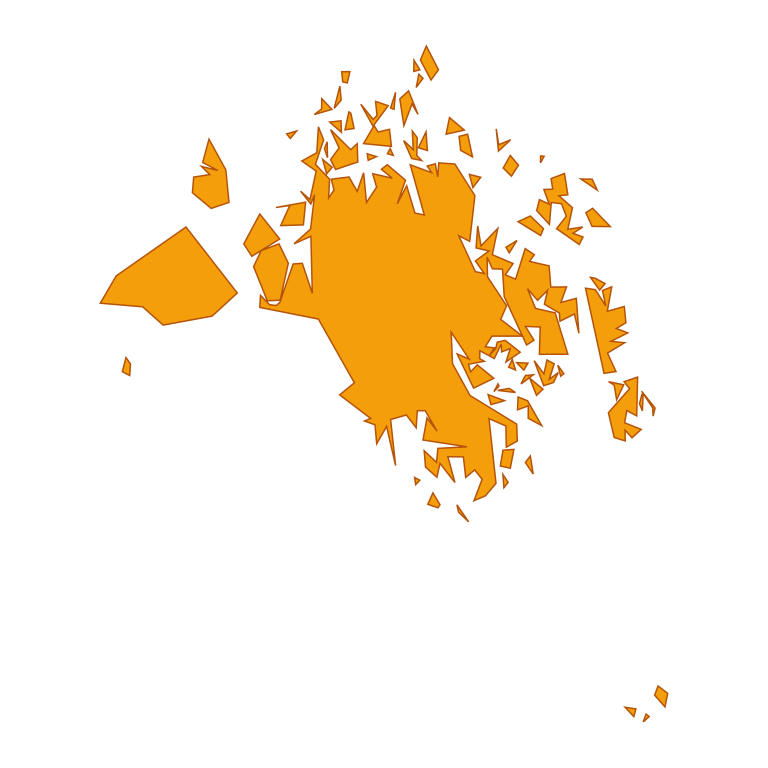 the district of Cat Hai, Quảng Ninh, Vietnam
{"feature_id": "81297802B5756602808944", "entity_name": "Cat Hai", "entity_type": "district", "adm_level": 2, "iso_a3": "VNM", "parent_name": "Vietnam", "parent_adm1": "Quảng Ninh", "projection": "equal_earth", "projection_center": [107.044, 20.763], "detail": "fine", "context": "isolated", "style": "filled", "palette": "amber", "viewbox_px": 768, "rotation_deg": 0, "n_neighbors": 0, "source": "geoboundaries", "source_scale": "gbopen_adm2", "svg_char_len": 6168}
<svg xmlns="http://www.w3.org/2000/svg" viewBox="0 0 768 768"><path d="M318.4,126.9L316.8,152.7L301.8,161.0L316.2,171.0L310.0,199.6L300.6,191.2L310.8,204.0L314.6,194.7L310.6,229.0L294.1,243.8L310.9,236.3L312.3,293.3L302.3,263.3L293.1,264.0L279.9,302.3L276.2,305.5L269.6,304.7L260.5,295.4L259.8,307.4L318.4,319.1L354.4,382.8L339.7,394.9L370.6,418.4L364.5,421.0L375.0,424.8L376.7,443.7L386.6,426.4L395.6,465.6L390.6,419.5L406.4,415.0L416.2,427.8L417.3,410.7L425.2,410.7L437.1,431.2L427.0,417.9L423.0,440.0L466.9,446.8L437.9,448.4L436.5,462.4L424.2,450.7L425.5,467.1L436.9,477.2L440.0,463.4L454.9,482.5L447.9,456.7L463.4,456.9L465.7,477.4L474.7,469.9L482.1,479.3L474.0,500.7L485.4,495.8L496.0,483.4L489.0,418.6L505.9,426.0L506.3,447.2L517.3,441.0L516.7,424.1L470.0,395.5L452.5,363.6L451.2,332.2L469.1,359.1L457.2,354.0L473.6,388.1L493.8,378.3L477.3,364.9L470.6,371.8L468.5,364.2L484.3,361.3L479.7,358.6L479.8,350.7L494.3,358.5L501.3,344.0L501.6,351.9L510.3,348.6L506.0,361.9L520.2,352.2L505.2,340.4L497.3,342.1L495.7,348.5L489.5,355.4L494.4,347.9L485.3,346.8L491.9,336.1L522.3,336.1L500.7,319.4L506.6,305.8L487.5,276.8L487.1,257.1L492.4,268.8L502.5,269.1L504.2,296.5L526.6,345.0L534.0,340.2L525.4,326.4L540.2,327.0L539.4,354.3L567.8,354.2L555.2,312.9L535.5,308.4L527.5,288.7L537.5,300.3L547.6,290.3L544.4,304.2L559.3,313.0L560.0,321.2L574.4,314.0L578.9,333.3L576.3,298.3L560.9,302.5L566.5,286.9L550.8,287.1L549.1,265.9L529.6,261.4L534.3,254.7L525.2,248.6L515.6,279.2L505.3,274.8L513.1,263.6L492.3,254.7L497.8,228.4L481.0,246.0L477.7,225.9L476.1,247.9L489.0,251.0L475.4,260.9L484.3,273.6L475.3,271.6L458.8,235.8L469.7,241.3L474.9,195.7L454.9,164.0L438.8,162.9L437.7,176.9L435.3,163.8L427.2,166.0L431.7,172.7L410.3,164.8L424.3,215.0L414.9,213.0L406.7,185.8L397.3,203.7L405.5,180.2L387.3,164.7L381.4,169.3L392.3,178.2L372.7,173.7L376.6,187.2L366.5,202.5L363.6,172.8L357.2,191.4L349.0,177.0L331.3,179.2L334.0,190.1L328.6,198.0L329.6,179.2L315.4,164.3L323.6,139.9L318.4,126.9ZM100.3,303.2L142.7,306.8L163.1,325.1L212.1,316.1L237.3,293.0L186.0,227.0L116.2,275.9L100.3,303.2ZM611.7,286.8L602.5,290.5L605.7,305.9L595.3,289.6L585.5,288.2L604.0,373.3L616.0,371.6L607.5,353.1L624.6,342.7L610.9,341.3L627.8,332.9L616.3,328.5L625.9,322.8L624.3,306.5L607.3,311.3L611.7,286.8ZM225.8,169.8L209.0,139.2L202.7,162.4L217.8,170.5L201.5,166.4L209.8,174.6L193.7,177.1L192.4,192.7L211.2,208.4L229.0,202.4L225.8,169.8ZM288.3,263.2L279.0,243.9L261.2,250.6L253.6,266.6L267.3,300.8L280.2,300.2L288.3,263.2ZM637.6,377.1L624.1,381.7L629.6,388.7L608.4,412.7L614.2,437.5L625.2,440.9L625.1,430.1L632.0,437.8L641.2,429.4L624.6,422.8L626.8,410.5L636.7,415.9L637.6,377.1ZM564.5,173.5L551.1,178.6L552.7,189.2L543.9,189.5L549.2,204.2L539.4,199.6L536.7,210.6L549.4,224.4L551.3,202.5L561.5,203.7L566.3,216.2L556.6,228.7L579.2,244.5L583.0,237.0L573.0,233.3L582.7,227.0L567.8,229.3L572.5,207.7L558.9,195.8L567.8,194.8L564.5,173.5ZM279.7,239.0L259.8,214.0L243.8,243.9L251.8,256.3L279.7,239.0ZM388.2,105.7L375.6,101.4L377.0,115.6L373.1,119.3L360.8,104.2L373.4,126.8L363.5,143.6L391.4,146.4L389.5,129.3L378.1,132.0L373.8,125.1L388.2,105.7ZM330.6,129.7L339.1,147.9L330.6,159.6L335.5,169.5L357.8,162.0L357.2,143.7L350.7,149.7L330.6,129.7ZM305.6,202.2L275.9,207.5L289.8,205.5L280.7,225.6L303.4,224.9L305.6,202.2ZM534.2,360.7L543.7,385.7L553.5,382.5L558.2,372.6L549.3,379.3L554.2,363.8L547.0,360.0L543.9,373.9L534.2,360.7ZM408.6,90.9L399.8,98.9L403.9,125.6L412.0,103.9L418.0,114.4L408.6,90.9ZM438.5,69.8L426.3,46.1L420.4,60.0L431.0,80.0L438.5,69.8ZM530.3,216.0L518.1,221.7L540.6,235.5L543.5,228.7L530.3,216.0ZM417.2,137.6L412.3,131.1L413.3,149.7L403.7,140.6L411.7,158.5L421.6,160.5L416.8,155.5L417.2,137.6ZM467.6,134.2L459.1,136.4L460.7,150.4L472.5,156.9L467.6,134.2ZM610.3,226.6L592.6,208.3L585.9,212.7L592.1,226.4L610.3,226.6ZM518.1,397.0L517.5,409.8L528.3,405.9L528.2,418.3L541.7,425.6L527.5,400.7L518.1,397.0ZM464.3,130.1L449.5,117.6L446.1,134.2L464.3,130.1ZM498.7,144.7L496.2,128.9L498.5,151.1L510.6,139.8L498.7,144.7ZM510.3,155.5L503.2,168.0L511.4,176.2L518.5,165.2L510.3,155.5ZM334.2,108.3L341.2,100.1L339.9,86.1L334.2,108.3ZM667.7,693.4L658.1,686.0L654.6,695.2L665.0,706.9L667.7,693.4ZM513.9,449.4L503.0,450.2L500.3,466.0L510.3,468.2L513.9,449.4ZM432.9,492.9L427.8,504.3L438.0,507.8L440.0,504.7L432.9,492.9ZM536.5,395.4L543.0,389.2L529.8,378.3L536.5,395.4ZM321.8,98.7L321.6,109.0L314.3,114.5L331.9,109.4L321.8,98.7ZM472.9,187.6L480.7,177.3L469.4,174.4L472.9,187.6ZM129.7,375.5L130.5,363.9L126.0,357.6L122.3,371.7L129.7,375.5ZM504.5,400.7L488.1,394.6L491.0,404.6L504.5,400.7ZM623.7,384.8L608.6,381.7L614.2,385.0L616.6,399.7L623.7,384.8ZM332.2,167.3L322.7,159.5L326.6,173.9L332.2,167.3ZM427.4,150.5L426.0,131.9L418.4,147.7L427.4,150.5ZM655.1,408.1L641.6,391.2L652.7,407.9L653.1,416.1L655.1,408.1ZM509.3,252.8L517.0,240.5L506.0,247.3L509.3,252.8ZM605.1,283.6L595.1,278.2L590.5,277.4L599.6,290.1L605.1,283.6ZM349.9,71.6L341.7,71.7L342.8,81.9L347.3,82.9L349.9,71.6ZM354.1,128.5L350.8,113.2L348.9,111.9L345.0,129.8L354.1,128.5ZM592.1,179.2L580.9,179.0L597.2,190.0L592.1,179.2ZM642.4,410.9L643.1,394.7L641.9,394.4L639.5,403.7L642.4,410.9ZM509.2,388.4L497.7,390.4L515.5,392.5L509.2,388.4ZM528.0,363.1L516.7,362.7L523.8,370.1L528.0,363.1ZM563.8,373.7L557.8,365.2L560.7,376.2L563.8,373.7ZM419.9,69.8L414.0,60.3L413.8,71.4L419.9,69.8ZM327.5,157.7L327.2,141.8L324.5,148.5L327.5,157.7ZM525.4,375.5L521.0,384.0L533.3,374.8L525.4,375.5ZM468.6,521.8L456.9,504.8L458.6,512.2L468.6,521.8ZM394.0,109.3L395.6,92.3L390.6,108.0L394.0,109.3ZM533.2,474.0L530.3,456.0L525.4,462.5L533.2,474.0ZM416.2,87.4L423.0,78.4L418.9,74.3L416.2,87.4ZM376.5,156.6L367.2,153.8L368.2,160.3L376.5,156.6ZM341.4,132.3L341.0,120.8L329.7,122.1L341.4,132.3ZM296.6,131.0L286.7,133.9L290.3,138.5L296.6,131.0ZM635.9,708.9L625.1,707.2L633.8,716.6L635.9,708.9ZM643.2,721.9L649.2,716.6L646.1,714.1L643.2,721.9ZM387.4,153.7L393.3,155.4L390.2,148.6L387.4,153.7ZM498.0,383.9L493.9,391.6L499.0,386.2L498.0,383.9ZM515.5,370.0L512.3,359.4L508.6,367.1L515.5,370.0ZM508.1,482.3L502.9,474.5L503.9,487.7L508.1,482.3ZM540.6,155.9L540.5,162.8L544.1,156.3L540.6,155.9ZM415.7,484.6L419.8,480.2L414.6,477.5L415.7,484.6Z" fill="#f59e0b" stroke="#b45309" stroke-width="1.5"/></svg>